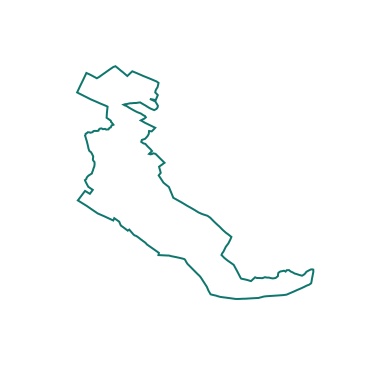 Subukia, Rift Valley, Kenya, rotated 116°
{"feature_id": "3690345B83042019153785", "entity_name": "Subukia", "entity_type": "district", "adm_level": 2, "iso_a3": "KEN", "parent_name": "Kenya", "parent_adm1": "Rift Valley", "projection": "robinson", "projection_center": [36.175, 0.026], "detail": "fine", "context": "isolated", "style": "outline", "palette": "teal", "viewbox_px": 384, "rotation_deg": 116, "n_neighbors": 0, "source": "geoboundaries", "source_scale": "gbopen_adm2", "svg_char_len": 4466}
<svg xmlns="http://www.w3.org/2000/svg" viewBox="0 0 384 384"><g transform="rotate(116 192 192)"><path d="M228.3,293.4L229.6,291.9L232.8,287.5L233.6,282.1L238.4,283.0L237.9,288.6L247.6,290.5L249.6,290.9L250.7,280.2L251.6,274.3L252.6,267.3L252.3,260.4L252.1,250.3L249.6,250.4L250.6,244.4L251.6,243.3L253.3,241.3L253.6,239.7L254.0,237.3L254.6,234.4L254.7,233.6L254.9,232.8L253.3,231.9L254.4,229.4L255.3,227.2L255.6,226.6L255.8,226.1L256.2,224.6L256.0,223.5L256.0,222.6L256.2,221.2L256.5,219.5L257.0,217.3L257.1,216.8L257.2,216.0L257.4,215.2L257.7,213.5L257.8,212.7L258.0,211.9L258.2,211.3L258.4,210.7L258.6,210.2L258.9,209.6L261.2,195.1L263.4,194.5L259.5,185.4L259.2,184.9L259.1,184.2L258.9,183.3L258.7,182.2L258.5,181.5L258.1,180.1L258.0,179.5L257.7,178.6L256.9,175.3L256.0,171.4L255.7,169.7L255.8,168.9L256.1,168.3L257.4,166.5L258.4,164.9L258.8,164.0L259.4,162.2L262.9,152.2L263.8,149.5L263.9,149.0L264.2,148.2L264.5,147.6L264.8,146.9L265.2,146.2L265.5,145.7L270.7,137.1L273.4,134.0L275.8,130.5L275.4,128.2L274.7,125.4L274.5,124.2L274.4,123.3L273.9,120.7L273.7,120.0L271.1,112.3L269.1,106.2L268.6,105.1L268.3,104.4L268.0,103.9L267.6,103.1L267.3,102.5L265.6,99.4L263.9,96.1L263.4,95.3L260.8,90.7L258.1,85.8L257.2,84.8L256.8,84.3L256.4,83.8L255.5,82.8L254.8,82.0L254.2,81.2L253.0,79.3L252.2,77.9L249.9,73.9L247.5,69.7L246.1,67.3L244.8,65.0L242.8,62.0L240.0,59.6L238.6,58.4L236.3,56.4L234.2,54.7L230.5,51.5L227.5,49.1L226.0,48.0L224.0,46.1L221.8,44.9L219.1,45.6L217.6,46.1L215.2,46.7L212.2,47.5L210.4,48.0L208.6,49.0L208.9,50.2L209.6,51.3L211.7,52.9L213.6,54.2L215.7,54.6L217.4,55.3L219.0,56.4L219.5,59.0L219.9,62.1L220.3,64.1L220.1,66.0L220.2,68.4L219.7,70.6L220.8,72.6L222.5,73.0L222.4,74.8L223.9,76.6L224.6,77.7L226.6,78.9L227.3,78.8L228.1,78.6L230.0,77.9L232.7,79.2L234.2,81.4L234.8,83.2L235.2,85.3L236.1,87.2L236.6,89.1L238.0,90.4L238.6,91.0L238.9,91.7L240.0,94.2L240.9,96.1L241.0,97.9L246.2,99.9L246.8,103.4L247.2,105.4L248.3,109.8L248.1,110.3L247.7,110.9L243.6,116.4L239.2,122.6L238.6,126.1L238.1,129.4L237.6,131.8L237.0,134.3L236.3,136.1L235.7,137.9L234.2,138.0L231.7,137.6L228.9,137.6L226.4,137.6L222.4,136.8L218.2,136.7L215.1,136.9L214.1,141.5L213.8,143.5L212.6,147.8L211.1,152.0L210.3,154.9L209.0,159.0L208.2,161.3L207.1,164.4L206.6,167.6L207.3,172.7L207.4,173.7L207.5,177.3L207.0,182.1L206.7,186.3L206.5,190.3L206.1,194.5L205.9,197.1L205.8,198.8L205.4,206.3L203.0,208.9L201.6,210.5L197.6,215.0L196.9,218.4L196.1,221.8L194.4,224.6L191.7,229.2L188.5,228.5L186.4,230.3L185.2,231.4L183.7,232.7L177.8,229.5L173.7,241.5L174.2,243.8L175.4,244.6L176.4,245.9L176.6,247.3L172.7,245.9L171.6,248.4L170.9,250.7L170.1,252.9L169.2,255.0L169.6,257.0L169.2,259.6L167.2,259.9L164.8,257.5L162.9,256.9L161.0,256.4L158.9,256.3L156.0,257.3L155.2,254.8L152.7,253.9L150.4,253.2L150.4,258.3L150.4,264.4L150.1,269.4L148.7,268.4L147.1,267.1L145.1,266.2L144.4,267.4L144.3,269.6L143.9,272.3L144.2,276.1L144.2,277.7L144.1,280.4L143.9,284.0L143.7,286.3L143.4,288.7L143.6,289.9L143.5,291.7L142.6,290.8L141.3,288.9L139.5,286.7L138.7,285.2L137.6,283.4L136.6,281.4L135.6,280.0L134.2,277.9L134.5,274.6L134.7,271.4L135.0,268.9L135.2,266.3L135.0,261.9L133.0,260.4L131.2,260.0L129.5,260.4L126.7,264.6L126.8,270.6L125.3,264.9L119.9,265.2L118.6,268.7L116.7,269.2L115.3,269.2L113.1,268.9L110.2,269.5L108.6,269.9L108.2,272.2L108.5,278.4L109.1,287.0L109.4,294.2L109.7,298.6L116.1,301.0L115.3,304.1L114.6,306.8L114.1,309.2L113.3,312.4L112.5,315.9L114.1,317.5L118.3,319.9L122.7,322.3L126.7,324.5L129.5,326.0L131.5,327.4L131.4,329.4L131.2,334.6L131.3,339.1L138.3,339.0L145.9,339.0L152.9,338.9L153.0,330.9L153.1,323.5L152.9,319.2L152.6,311.9L152.3,307.6L152.3,305.3L158.1,303.2L162.7,301.3L163.5,296.3L164.6,295.4L164.7,294.7L166.0,292.1L166.4,292.4L167.4,293.5L167.9,293.4L168.4,293.4L169.5,293.3L170.0,293.8L170.4,294.2L171.5,294.4L172.3,294.5L173.5,296.5L173.4,297.9L174.6,299.6L174.5,301.2L175.4,302.5L176.7,303.1L177.9,302.9L178.7,304.0L179.3,305.2L179.6,306.1L180.5,307.3L181.8,307.6L183.2,309.2L183.3,310.1L184.0,311.9L184.6,312.1L185.1,312.3L186.3,313.1L187.0,312.8L188.1,312.9L192.6,308.7L196.1,305.8L197.9,304.4L198.3,304.1L198.8,303.6L199.7,302.7L200.2,302.0L200.4,300.5L201.4,298.8L202.9,296.9L203.4,296.4L204.0,296.1L205.1,295.8L206.5,295.2L207.1,294.4L207.9,292.7L209.8,291.7L211.9,291.0L213.5,290.9L215.0,290.7L215.8,290.5L217.7,290.4L218.5,290.3L219.2,290.1L220.9,291.1L222.1,291.9L223.7,292.6L225.2,292.9L226.8,292.7L228.3,293.4Z" fill="none" stroke="#0f766e" stroke-width="2"/></g></svg>